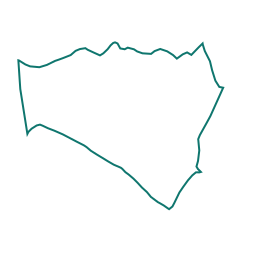 Nanee, River Gee, Liberia (Natural Earth projection), rotated 351°
{"feature_id": "62588387B68127744098501", "entity_name": "Nanee", "entity_type": "district", "adm_level": 2, "iso_a3": "LBR", "parent_name": "Liberia", "parent_adm1": "River Gee", "projection": "natural_earth1", "projection_center": [-8.141, 5.155], "detail": "fine", "context": "isolated", "style": "outline", "palette": "teal", "viewbox_px": 256, "rotation_deg": 351, "n_neighbors": 0, "source": "geoboundaries", "source_scale": "gbopen_adm2", "svg_char_len": 1426}
<svg xmlns="http://www.w3.org/2000/svg" viewBox="0 0 256 256"><g transform="rotate(351 128 128)"><path d="M27.7,118.1L29.1,116.2L32.7,113.6L38.2,111.2L41.6,110.9L44.1,112.4L48.9,115.7L54.8,119.1L62.6,124.1L66.9,127.3L74.3,132.8L74.8,133.2L77.3,135.0L81.7,138.2L82.8,139.2L84.0,140.3L87.8,144.7L92.8,149.1L103.4,158.1L105.0,159.4L108.2,162.0L110.7,163.6L112.2,164.5L114.8,166.2L116.0,167.5L118.5,171.2L121.3,174.0L125.5,178.9L128.9,183.6L132.4,188.9L136.7,194.3L139.8,199.6L145.9,205.9L147.5,207.1L151.2,210.1L154.8,213.6L155.9,214.6L159.6,212.5L162.0,209.3L168.7,199.7L173.5,194.6L178.0,190.1L179.2,188.9L180.8,187.6L184.0,184.9L188.2,182.4L191.5,183.0L193.1,182.8L190.7,179.5L189.6,176.8L192.0,171.5L194.9,161.3L195.6,150.0L197.9,146.2L206.7,135.0L210.7,129.8L211.3,129.0L220.9,114.4L221.1,114.1L228.3,103.1L224.6,101.7L221.7,94.9L220.1,84.0L219.4,74.9L215.9,64.0L214.9,57.2L214.9,56.2L210.5,59.3L202.0,65.7L198.2,62.6L193.6,63.8L189.9,65.7L187.1,67.1L184.3,63.5L183.9,63.0L178.7,58.4L172.2,55.0L166.3,56.2L162.4,58.4L154.0,56.5L149.0,53.8L146.2,51.2L140.3,48.6L137.1,49.7L132.8,48.2L130.9,42.9L129.9,42.2L128.6,41.4L126.7,41.7L123.8,43.6L120.2,47.0L115.3,50.4L111.7,51.9L106.5,48.5L101.0,44.8L100.4,44.4L98.4,42.5L92.9,42.5L88.3,43.6L82.8,47.0L74.7,48.8L70.1,49.7L66.5,50.3L57.8,53.0L50.0,54.1L40.9,51.8L36.6,49.2L30.8,44.2L30.3,44.0L28.4,64.9L27.7,72.7L27.7,118.1Z" fill="none" stroke="#0f766e" stroke-width="2"/></g></svg>